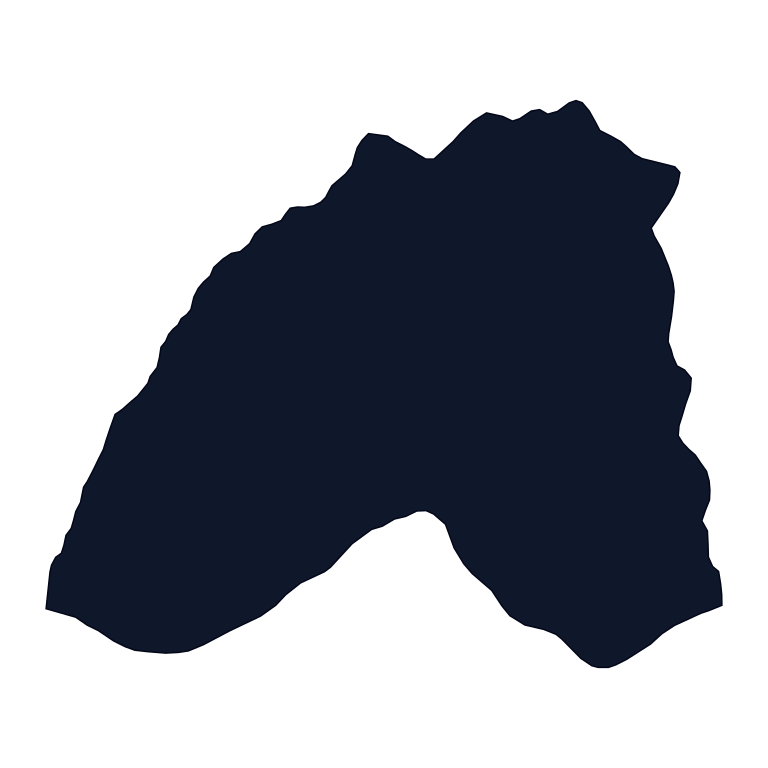 the district of Euclides da Cunha Paulista, São Paulo, Brazil
{"feature_id": "56859067B14841282589371", "entity_name": "Euclides da Cunha Paulista", "entity_type": "district", "adm_level": 2, "iso_a3": "BRA", "parent_name": "Brazil", "parent_adm1": "São Paulo", "projection": "albers", "projection_center": [-52.588, -22.511], "detail": "fine", "context": "isolated", "style": "filled", "palette": "ink", "viewbox_px": 768, "rotation_deg": 0, "n_neighbors": 0, "source": "geoboundaries", "source_scale": "gbopen_adm2", "svg_char_len": 2345}
<svg xmlns="http://www.w3.org/2000/svg" viewBox="0 0 768 768"><path d="M721.9,605.3L721.7,594.5L720.6,583.7L718.6,571.5L712.6,566.5L708.4,557.1L708.0,543.5L707.4,530.9L701.8,520.8L705.5,510.0L709.5,500.0L709.9,490.0L709.1,480.9L706.5,471.3L700.6,463.0L695.3,455.1L688.8,449.4L682.9,443.2L678.2,435.7L679.0,425.6L682.0,416.2L685.6,404.0L690.3,390.7L691.2,378.1L684.6,370.0L677.0,365.9L673.1,357.2L671.1,349.8L668.1,341.8L668.7,333.6L671.5,316.8L673.4,300.8L674.1,291.3L673.1,283.0L671.4,275.5L668.4,266.1L661.2,248.4L654.2,236.1L651.2,228.0L658.2,217.9L668.5,203.1L673.5,194.2L677.9,183.7L679.9,172.5L674.8,166.8L642.0,158.6L634.1,154.3L626.3,146.7L620.7,141.7L611.0,136.2L599.8,130.5L595.1,121.5L589.2,111.0L582.2,102.7L576.0,100.6L569.2,102.9L557.6,111.4L547.7,114.2L539.7,109.6L531.3,111.0L519.8,118.7L512.5,121.1L502.5,116.4L486.5,112.9L473.5,121.0L460.8,132.9L453.2,141.5L434.0,159.1L425.8,159.1L418.0,154.5L412.0,150.6L404.8,146.5L395.1,141.6L387.8,136.2L368.5,133.6L361.9,140.5L357.3,147.7L355.3,154.2L352.2,165.7L345.6,174.0L332.0,185.7L328.7,191.6L325.7,197.4L320.7,202.3L313.4,205.9L304.7,207.3L297.5,207.0L290.2,208.2L285.5,214.2L281.2,220.6L271.6,224.3L262.3,226.8L255.0,233.9L249.7,243.6L240.3,251.6L231.4,253.4L223.1,258.9L213.8,267.4L210.2,276.0L203.4,282.2L198.3,288.3L193.9,297.0L190.9,309.5L186.9,314.5L181.3,318.6L178.0,325.0L173.1,329.2L168.7,334.4L165.7,341.4L161.0,347.2L159.4,357.7L157.1,367.5L150.2,376.4L147.9,383.3L137.5,396.2L131.2,401.5L122.3,409.4L115.1,414.4L110.0,428.8L106.4,439.6L103.3,449.7L98.4,459.4L94.2,468.1L91.1,474.2L87.2,481.7L83.6,487.1L80.5,502.5L75.8,511.5L73.5,520.6L71.2,528.4L66.0,535.3L64.0,545.0L61.4,553.2L55.7,557.3L51.5,565.2L50.0,571.9L46.1,608.7L75.7,617.2L87.3,625.2L98.2,630.5L113.6,640.9L125.2,646.7L134.8,650.2L147.1,651.6L165.6,653.1L178.6,652.4L188.4,650.9L203.4,644.7L229.7,630.8L260.5,616.1L275.7,605.3L285.6,594.8L300.6,582.9L324.5,571.7L330.5,567.2L352.1,543.7L371.6,529.4L382.3,526.2L394.5,519.0L405.7,516.4L416.7,511.0L426.0,510.6L433.6,514.0L445.5,524.3L454.2,548.1L463.8,563.8L472.2,573.6L491.7,590.4L502.0,606.0L509.9,615.7L524.9,625.0L543.8,629.4L556.0,634.3L561.7,638.9L580.9,658.4L591.8,665.7L598.2,667.4L608.4,667.4L615.7,664.9L626.7,659.3L650.5,644.1L661.9,633.7L674.5,625.4L701.0,613.2L708.6,610.7L721.9,605.3Z" fill="#0f172a" stroke="#020617" stroke-width="1.5"/></svg>